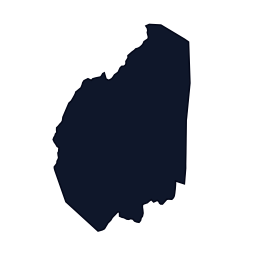 the district of São Tomé, Rio Grande do Norte, Brazil, rotated 164°
{"feature_id": "56859067B14389226349371", "entity_name": "São Tomé", "entity_type": "district", "adm_level": 2, "iso_a3": "BRA", "parent_name": "Brazil", "parent_adm1": "Rio Grande do Norte", "projection": "natural_earth1", "projection_center": [-36.104, -5.997], "detail": "fine", "context": "isolated", "style": "filled", "palette": "ink", "viewbox_px": 256, "rotation_deg": 164, "n_neighbors": 0, "source": "geoboundaries", "source_scale": "gbopen_adm2", "svg_char_len": 1790}
<svg xmlns="http://www.w3.org/2000/svg" viewBox="0 0 256 256"><g transform="rotate(164 128 128)"><path d="M208.0,74.2L199.9,61.1L185.2,37.2L180.7,37.2L178.4,37.7L173.6,42.2L171.4,43.4L170.0,44.2L168.0,46.1L166.6,47.0L164.6,48.1L163.1,49.0L160.8,50.4L159.4,49.2L160.4,45.6L158.4,43.9L156.5,42.9L154.2,40.7L152.4,40.0L150.5,40.2L148.4,39.1L147.3,36.7L145.5,35.3L143.4,34.3L141.5,35.6L140.1,38.0L138.5,39.2L137.8,40.5L137.0,42.0L136.4,45.2L136.0,48.1L135.1,50.4L133.6,50.7L129.9,50.9L128.1,51.8L125.4,52.8L123.7,49.8L120.0,50.4L118.6,49.0L118.4,47.2L117.5,45.9L115.8,45.4L110.4,48.8L108.5,48.5L105.5,47.4L103.6,48.5L102.3,50.0L101.1,52.5L99.6,56.1L98.8,58.2L97.9,60.7L96.9,64.0L89.2,58.8L83.7,73.4L82.4,78.0L79.6,87.1L69.9,119.4L68.9,121.8L56.1,154.1L46.1,194.0L49.2,197.8L68.0,217.9L79.0,221.7L82.7,221.2L81.9,218.7L82.1,216.3L83.1,214.5L83.2,212.7L83.3,209.7L84.4,208.0L88.7,206.7L90.1,204.9L91.4,203.8L93.9,202.5L96.1,201.9L98.8,201.9L100.4,200.9L103.2,199.9L108.1,197.6L108.6,195.4L110.1,194.0L111.6,192.7L112.1,190.6L113.1,189.2L114.8,188.5L117.1,189.0L119.0,187.9L122.0,184.4L123.5,183.8L126.3,182.8L128.1,181.2L129.9,179.9L132.2,179.3L133.6,179.3L135.6,181.2L135.6,187.6L137.3,187.2L139.0,185.5L140.3,184.6L145.4,185.0L148.3,185.0L150.2,183.9L152.9,186.4L157.2,185.6L158.9,184.1L160.2,182.0L162.1,179.6L168.2,177.0L169.0,175.7L170.5,174.0L172.3,172.2L174.9,169.7L177.9,168.2L187.5,156.4L189.0,153.0L190.4,151.6L192.2,150.6L194.6,148.9L196.5,147.9L197.2,145.7L197.6,143.4L199.4,142.2L200.2,140.8L201.9,139.2L203.1,137.5L202.7,134.8L201.9,132.6L201.2,129.8L199.7,128.2L200.5,126.3L201.1,124.5L202.2,123.4L202.6,121.1L202.8,118.7L203.7,117.3L205.3,115.7L206.1,113.6L207.7,112.3L209.6,110.9L209.9,109.2L209.9,107.1L208.0,74.2Z" fill="#0f172a" stroke="#020617" stroke-width="1.5"/></g></svg>